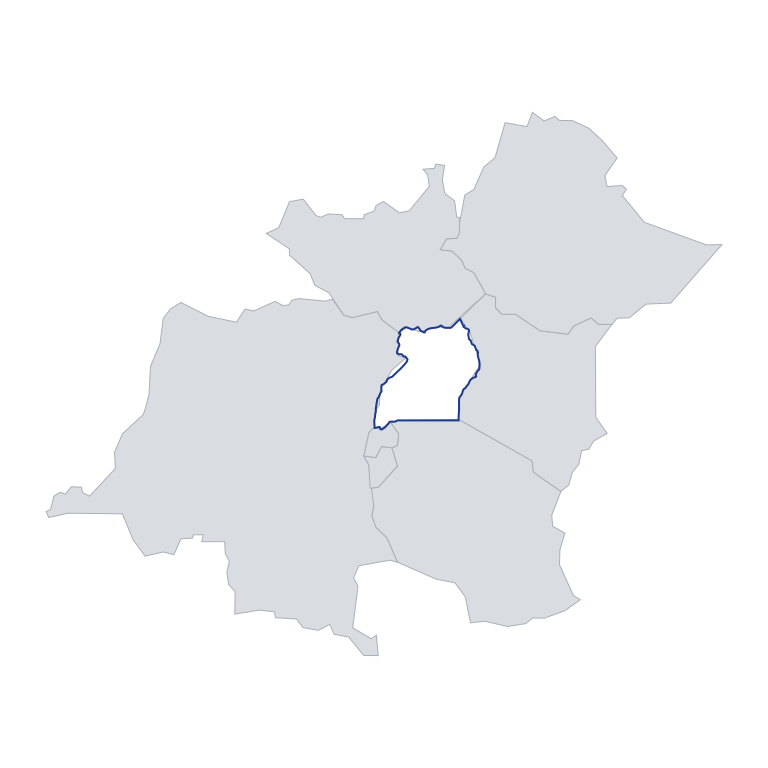 Uganda shown with its bordering countries
{"feature_id": "UGA", "entity_name": "Uganda", "entity_type": "country or territory", "adm_level": 0, "iso_a3": "UGA", "parent_name": "Africa", "parent_adm1": "", "projection": "orthographic", "projection_center": [32.128, 1.375], "detail": "fine", "context": "with_neighbors", "style": "outline", "palette": "blue", "viewbox_px": 768, "rotation_deg": 0, "n_neighbors": 7, "source": "natural_earth", "source_scale": "50m", "svg_char_len": 5926}
<svg xmlns="http://www.w3.org/2000/svg" viewBox="0 0 768 768"><path d="M458.7,419.4L532.1,460.9L533.4,472.2L560.9,491.4L551.7,515.3L552.7,526.2L564.9,533.2L559.9,549.8L559.5,564.8L573.4,595.5L580.2,599.7L564.9,610.7L544.0,618.2L532.6,617.9L525.8,623.6L507.6,626.5L484.8,621.2L470.5,622.8L465.3,596.9L455.0,582.8L436.3,579.2L397.4,562.2L386.9,538.0L375.7,527.2L371.8,516.0L373.7,506.0L370.1,488.2L378.1,487.3L397.4,466.1L391.9,447.8L397.5,445.3L398.6,433.9L390.9,423.0L397.7,420.6L458.7,419.4Z" fill="#d9dde1" stroke="#a8b0b8" stroke-width="1"/><path d="M368.8,464.8L373.7,506.0L371.8,516.0L375.7,527.2L386.9,538.0L397.4,562.2L389.9,560.2L358.9,565.7L353.6,577.9L358.0,586.3L352.7,627.9L371.2,638.7L376.4,635.2L378.2,655.6L363.7,655.4L348.7,637.0L334.2,634.3L329.7,624.4L318.3,630.3L303.0,627.6L296.5,619.0L275.6,617.7L274.4,611.8L259.2,610.1L234.8,614.1L235.1,591.5L228.6,584.4L226.9,572.6L229.3,561.1L225.3,553.7L224.7,541.6L201.7,541.7L203.2,534.7L193.5,534.8L192.6,538.1L181.0,538.8L173.9,554.7L163.5,552.0L145.1,556.1L133.1,539.8L122.4,513.8L67.9,513.2L48.8,517.5L46.1,511.5L50.6,509.5L53.8,496.2L60.3,492.2L65.2,494.2L71.3,486.8L81.3,487.1L82.6,492.6L89.6,496.1L115.4,468.5L114.5,452.5L122.5,433.7L143.3,414.5L145.4,408.3L149.0,394.5L150.5,366.2L160.0,343.8L163.2,318.5L170.7,308.7L180.9,302.5L208.4,316.4L236.5,322.2L245.0,309.0L253.7,311.0L275.1,301.4L282.7,305.5L288.9,305.0L291.8,300.3L299.0,298.6L325.8,301.2L332.2,299.1L343.8,315.2L352.5,317.6L377.4,311.5L382.0,319.8L399.0,332.7L397.8,355.4L405.6,358.1L391.9,370.1L380.4,389.3L379.3,404.9L374.8,412.3L374.6,427.0L369.0,432.4L363.9,456.0L368.8,464.8Z" fill="#d9dde1" stroke="#a8b0b8" stroke-width="1"/><path d="M560.9,491.4L533.4,472.2L532.1,460.9L458.7,419.4L458.5,398.8L480.6,363.8L469.7,331.8L460.5,318.3L485.5,293.9L495.5,297.2L495.6,308.0L502.2,314.4L515.7,314.4L540.2,330.8L568.0,334.2L573.6,326.1L591.0,317.9L598.8,324.4L611.9,324.4L595.4,346.5L595.8,417.3L607.1,433.3L593.6,441.1L588.8,449.2L581.6,450.6L578.8,464.3L572.5,472.1L568.7,485.0L560.9,491.4Z" fill="#d9dde1" stroke="#a8b0b8" stroke-width="1"/><path d="M391.9,447.8L397.4,466.1L378.1,487.3L370.1,488.2L368.8,464.8L363.9,456.0L375.7,457.6L381.6,446.5L391.9,447.8Z" fill="#d9dde1" stroke="#a8b0b8" stroke-width="1"/><path d="M721.9,244.6L670.7,303.1L646.0,304.1L629.3,317.8L617.1,318.2L611.9,324.4L598.8,324.4L591.0,317.9L573.6,326.1L568.0,334.2L540.2,330.8L515.7,314.4L502.2,314.4L495.6,308.0L495.5,297.2L485.5,293.9L473.9,272.8L465.1,268.4L461.7,260.6L451.9,251.2L440.1,249.8L446.6,238.8L456.8,238.4L464.8,195.0L473.8,189.6L483.7,167.2L495.0,157.7L505.1,122.7L527.0,126.6L532.5,112.4L544.1,121.0L554.9,116.5L559.5,120.4L572.3,120.6L588.8,128.2L602.4,140.8L617.1,158.0L604.9,175.5L607.0,186.6L622.0,185.5L626.3,188.9L622.4,195.7L644.3,222.3L706.3,244.9L721.9,244.6Z" fill="#d9dde1" stroke="#a8b0b8" stroke-width="1"/><path d="M390.9,423.0L398.6,433.9L397.5,445.3L391.9,447.8L381.6,446.5L375.7,457.6L363.9,456.0L369.0,432.4L374.6,427.0L379.3,428.9L390.9,423.0Z" fill="#d9dde1" stroke="#a8b0b8" stroke-width="1"/><path d="M399.0,332.7L382.0,319.8L377.4,311.5L352.5,317.6L343.8,315.2L329.2,293.0L314.8,285.3L310.1,273.6L289.5,255.1L289.4,248.9L266.3,233.4L278.8,227.7L289.5,201.7L303.2,199.1L316.0,215.6L321.2,217.3L328.1,214.0L341.9,214.7L344.5,218.7L363.5,218.7L364.2,214.7L374.1,211.1L376.1,205.5L383.4,201.5L399.4,212.8L409.3,210.8L429.3,186.4L427.7,174.9L423.1,169.3L434.5,168.3L435.8,164.1L444.6,165.4L442.4,179.5L444.7,193.3L454.6,200.9L456.7,217.1L459.3,217.4L459.6,232.5L456.8,238.4L446.6,238.8L440.1,249.8L451.9,251.2L461.7,260.6L465.1,268.4L473.9,272.8L485.5,293.9L448.6,327.3L435.0,327.2L419.4,331.8L407.0,327.4L399.0,332.7Z" fill="#d9dde1" stroke="#a8b0b8" stroke-width="1"/><path d="M458.6,420.4L456.5,420.4L453.1,420.4L449.6,420.4L446.2,420.4L442.7,420.4L439.2,420.4L435.8,420.4L432.3,420.4L428.9,420.4L425.4,420.4L422.0,420.4L418.5,420.4L415.1,420.4L411.6,420.4L408.1,420.4L404.7,420.4L401.2,420.4L399.2,420.4L398.8,420.3L398.5,420.3L397.2,420.5L395.9,421.3L394.4,421.7L392.9,421.6L392.7,421.7L391.9,421.6L390.8,421.6L389.8,421.8L389.0,422.5L388.2,423.8L386.8,425.3L385.7,426.6L384.8,427.5L382.6,429.0L381.4,429.5L380.8,429.4L380.5,429.1L379.8,427.2L379.4,426.9L375.2,427.9L374.6,427.9L374.6,427.3L374.3,422.7L374.3,419.9L374.8,418.1L375.1,416.1L375.2,414.3L375.9,411.3L375.7,409.5L376.6,403.1L376.9,402.1L377.3,399.0L377.9,398.0L378.5,397.7L379.2,395.8L380.6,392.8L381.5,391.2L381.3,387.8L381.5,385.5L381.7,385.0L383.7,384.1L386.3,382.0L387.4,379.5L389.0,377.9L392.1,376.8L401.1,368.2L405.3,363.6L407.1,361.2L407.2,360.3L407.5,359.2L406.8,358.3L405.9,357.5L405.7,356.8L404.9,356.4L403.8,356.4L403.1,355.9L402.3,354.9L401.5,354.2L398.9,354.3L397.0,353.2L397.0,351.7L397.8,348.9L399.3,345.6L399.3,344.7L399.1,343.9L398.8,343.2L398.1,342.6L397.5,341.8L398.0,339.4L398.9,337.1L399.7,336.0L400.4,334.7L400.2,333.6L399.1,333.1L399.7,332.0L400.9,330.3L403.2,328.5L405.2,327.3L406.6,327.3L409.2,328.3L411.6,329.4L412.9,329.4L414.5,329.0L417.7,327.0L418.5,327.6L419.5,328.8L420.5,330.8L422.6,331.7L423.6,332.3L424.3,332.5L424.7,332.4L425.5,330.8L426.4,330.0L428.2,328.9L432.0,328.0L434.8,327.8L436.0,327.6L437.9,327.1L441.0,325.5L444.0,327.6L447.3,327.9L450.5,327.9L451.5,327.3L452.1,326.8L455.4,323.5L460.0,318.9L463.0,325.3L464.0,325.7L463.9,326.3L463.6,326.8L465.6,328.3L468.1,329.2L468.9,329.9L469.0,330.8L468.2,334.6L468.4,335.6L469.2,339.4L470.6,340.3L471.9,344.0L474.5,345.7L474.9,346.1L475.5,348.0L476.3,350.0L476.9,350.4L477.3,350.6L478.1,352.7L477.6,353.9L478.2,357.5L479.2,360.8L479.5,364.7L479.5,366.4L479.5,367.5L479.3,368.9L478.8,369.8L478.0,370.6L477.0,372.0L476.2,373.4L475.7,374.1L476.1,376.2L476.0,376.7L475.8,377.0L474.6,377.3L473.1,377.9L472.2,378.4L470.9,379.5L469.9,380.6L468.5,384.0L466.2,386.7L465.8,387.6L463.7,389.1L462.7,391.1L462.1,393.5L461.2,395.2L459.4,397.5L459.0,401.2L459.1,408.6L458.6,417.1L458.6,420.4Z" fill="none" stroke="#1e3a8a" stroke-width="2"/></svg>